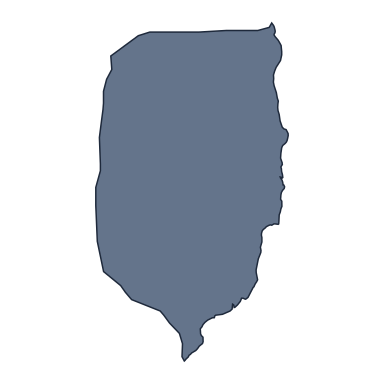 outline of South Tanna, Tafea, Vanuatu
{"feature_id": "77236927B47218530990891", "entity_name": "South Tanna", "entity_type": "district", "adm_level": 2, "iso_a3": "VUT", "parent_name": "Vanuatu", "parent_adm1": "Tafea", "projection": "orthographic", "projection_center": [169.459, -19.612], "detail": "fine", "context": "isolated", "style": "filled", "palette": "slate", "viewbox_px": 384, "rotation_deg": 0, "n_neighbors": 0, "source": "geoboundaries", "source_scale": "gbopen_adm2", "svg_char_len": 2499}
<svg xmlns="http://www.w3.org/2000/svg" viewBox="0 0 384 384"><path d="M184.3,361.0L185.0,360.4L185.7,359.4L188.4,356.8L189.0,355.3L190.4,354.4L191.6,353.0L195.9,350.4L197.3,348.9L198.2,347.7L199.2,346.2L202.5,343.5L203.1,341.7L203.0,337.6L203.0,337.3L202.9,337.1L201.4,335.6L200.6,333.9L200.3,329.1L200.3,328.8L201.9,326.9L203.0,324.6L204.9,322.4L207.7,320.1L212.3,317.8L214.3,317.7L214.6,316.9L214.5,316.4L214.7,316.0L215.7,315.2L222.5,314.3L230.1,311.0L232.1,309.1L232.6,304.2L233.6,304.8L234.0,306.1L234.1,307.5L234.8,307.4L237.5,304.9L240.3,301.4L241.3,298.9L241.4,298.7L241.4,298.4L241.5,298.2L243.1,298.2L244.6,298.9L245.4,299.2L246.1,298.9L246.3,298.8L246.5,298.6L248.0,297.4L253.1,287.5L254.0,286.7L254.3,285.8L255.1,284.1L256.3,282.2L256.5,282.0L256.6,281.8L257.6,279.8L256.2,272.6L256.1,269.9L258.3,258.9L260.8,252.5L261.0,250.5L260.4,247.2L261.9,242.0L261.9,237.6L261.4,235.2L261.5,233.9L261.5,233.4L262.2,230.9L263.3,229.5L265.5,227.7L266.3,226.7L269.2,225.2L270.5,224.9L271.8,225.2L273.9,223.9L275.0,223.9L278.2,224.3L278.7,223.9L278.9,221.4L279.2,214.9L280.3,211.9L280.9,208.9L281.9,206.4L281.8,201.2L280.6,199.3L280.9,194.9L281.4,192.5L282.6,190.3L283.2,189.7L284.2,188.5L284.6,186.8L284.5,186.5L283.7,184.9L283.1,184.9L282.7,182.2L282.5,181.5L282.0,180.1L280.5,177.9L280.2,177.0L281.1,177.2L282.3,178.0L282.8,177.5L282.5,174.9L281.6,171.4L281.4,168.7L281.0,167.4L281.0,166.7L282.1,164.9L282.3,164.7L282.2,164.5L282.2,162.9L280.6,158.3L280.6,157.8L280.7,156.3L280.9,153.2L281.5,149.2L281.6,148.3L281.8,147.5L282.7,145.5L285.2,143.4L286.0,142.5L286.4,142.0L287.1,140.5L287.6,138.5L288.2,135.6L288.1,133.5L286.1,129.6L284.2,129.0L283.8,128.8L282.2,127.1L280.1,120.9L279.2,114.6L278.8,113.2L278.0,110.6L277.7,107.5L277.9,103.9L278.3,101.1L277.3,98.1L276.3,92.4L276.2,92.2L274.1,85.7L273.4,82.1L273.7,78.6L273.5,75.3L273.5,74.9L274.6,71.2L276.1,67.4L280.5,60.5L281.7,54.9L281.7,51.6L281.1,45.5L280.1,43.6L278.2,40.3L275.0,36.5L274.1,35.0L274.1,34.2L274.3,33.8L274.6,33.5L274.8,33.0L274.9,32.8L275.0,32.6L275.2,31.3L275.0,30.0L274.2,26.9L273.5,25.4L271.7,23.0L269.2,27.4L257.8,30.5L252.1,30.5L226.1,30.5L198.6,32.1L178.8,32.1L149.7,32.1L138.3,35.7L110.8,56.0L111.8,69.5L106.6,79.3L103.5,91.3L103.5,103.2L103.0,109.5L101.5,120.9L99.4,137.5L100.4,164.0L100.4,170.8L95.8,187.4L95.8,205.6L97.3,241.4L103.6,271.6L120.7,285.6L125.4,292.3L131.6,299.6L160.2,311.0L163.8,315.2L169.5,323.0L179.4,333.4L182.5,343.7L182.0,356.7L184.3,361.0Z" fill="#64748b" stroke="#1e293b" stroke-width="1.5"/></svg>